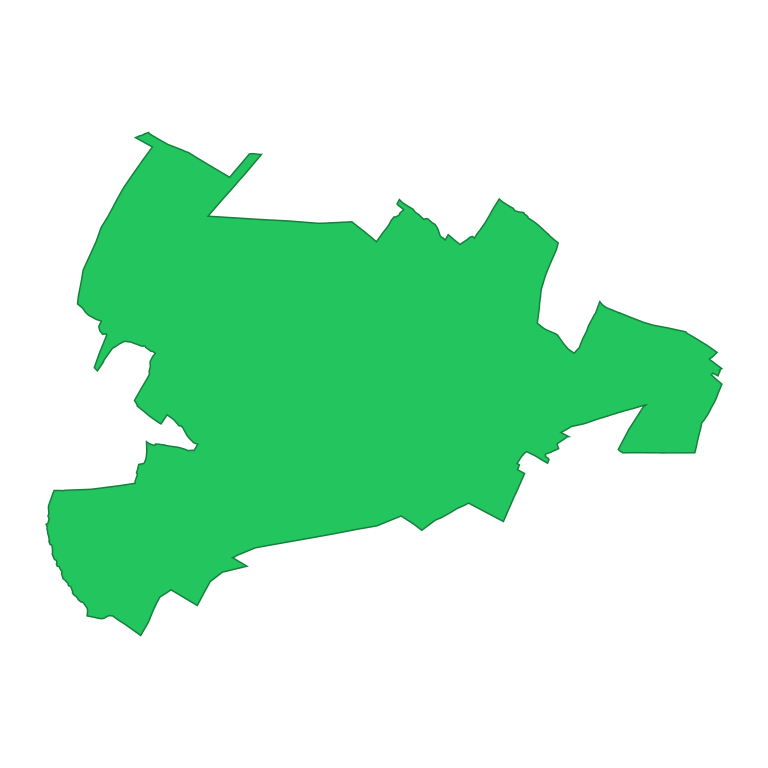 the district of San Pedro Cholula, Puebla, Mexico
{"feature_id": "50627088B56415606246768", "entity_name": "San Pedro Cholula", "entity_type": "district", "adm_level": 2, "iso_a3": "MEX", "parent_name": "Mexico", "parent_adm1": "Puebla", "projection": "robinson", "projection_center": [-98.345, 19.072], "detail": "fine", "context": "isolated", "style": "filled", "palette": "green", "viewbox_px": 768, "rotation_deg": 0, "n_neighbors": 0, "source": "geoboundaries", "source_scale": "gbopen_adm2", "svg_char_len": 6037}
<svg xmlns="http://www.w3.org/2000/svg" viewBox="0 0 768 768"><path d="M94.3,367.6L97.4,370.9L103.2,362.3L104.3,359.7L112.4,348.4L115.9,346.4L118.7,344.3L124.2,341.4L126.4,341.5L129.1,341.9L130.5,341.9L135.0,343.7L137.5,344.4L140.8,345.9L142.2,346.1L143.6,346.1L144.6,345.9L145.5,346.4L145.6,347.4L151.1,351.3L152.9,351.5L155.3,353.3L152.9,356.2L150.1,361.5L150.1,363.8L150.3,365.1L150.2,367.2L149.3,370.6L149.2,371.9L149.4,374.4L146.4,379.9L141.3,388.4L134.5,400.5L137.2,404.9L137.2,406.0L144.4,411.8L148.8,415.6L152.2,418.1L160.1,423.5L161.1,423.9L167.1,414.8L174.1,419.9L176.3,422.7L177.4,423.7L178.6,425.4L179.5,425.9L180.3,426.0L180.9,425.7L182.8,427.6L184.3,430.6L186.1,433.8L187.4,436.0L188.9,437.9L193.5,442.6L195.1,443.4L197.8,444.2L194.0,450.6L192.9,450.3L190.1,450.4L188.3,450.7L186.7,450.0L183.2,448.7L178.6,447.4L167.5,445.8L163.1,444.7L162.3,444.9L159.5,444.2L157.7,444.2L156.1,444.0L155.3,444.2L155.2,444.9L154.8,445.4L153.0,445.0L151.0,444.4L148.7,443.3L146.5,441.7L146.8,451.1L146.2,457.6L145.4,460.3L144.4,462.5L143.6,463.5L140.3,464.2L138.9,464.3L138.4,465.7L137.7,469.1L136.8,471.7L136.6,472.7L136.5,473.2L137.2,473.7L137.4,474.5L135.1,481.4L135.0,483.3L120.7,485.5L91.0,489.3L64.8,490.3L62.8,490.8L61.5,490.5L54.1,490.5L52.8,493.6L51.4,497.8L48.5,505.9L48.4,508.6L48.6,510.1L48.7,512.1L48.9,512.8L48.9,513.5L48.2,515.5L48.0,516.4L48.6,517.1L48.8,518.4L49.4,519.5L49.3,519.9L48.7,520.1L47.8,523.6L46.4,524.0L46.1,524.5L47.2,526.8L47.0,529.0L47.6,531.3L47.7,533.1L48.5,535.8L49.4,540.5L49.5,541.3L49.0,541.2L49.2,542.3L50.1,544.5L51.7,545.1L52.0,546.0L52.4,549.1L52.5,552.7L52.2,554.1L54.5,559.5L56.4,560.5L56.7,561.5L56.9,562.7L56.6,563.5L56.5,564.7L57.3,566.2L59.1,566.6L60.8,570.2L62.0,571.2L61.9,572.1L61.6,573.6L63.0,578.6L65.0,580.2L67.0,582.4L68.0,583.3L68.3,585.2L68.8,585.9L69.8,586.0L70.9,587.0L71.9,589.8L72.5,590.8L72.5,592.9L73.2,594.1L74.2,595.2L76.1,596.4L77.8,598.6L78.2,599.6L79.9,601.1L80.9,601.9L82.3,602.1L83.7,603.1L84.3,604.1L86.6,607.3L87.2,608.4L87.5,609.6L87.6,611.1L87.1,615.9L93.8,617.2L98.4,618.3L100.4,618.6L102.1,618.7L104.2,618.2L108.0,616.0L109.3,615.7L112.6,615.9L119.0,620.5L125.3,624.5L140.7,635.5L148.6,621.8L152.9,611.1L156.5,603.4L159.9,597.0L167.0,592.6L171.0,589.8L197.3,605.5L203.5,593.8L210.2,581.6L222.3,572.2L246.9,566.2L232.5,557.6L234.7,556.9L236.8,555.5L254.8,548.0L258.5,547.2L332.2,534.1L356.0,529.5L376.7,525.9L401.1,516.0L413.3,523.8L421.8,530.3L434.7,520.6L436.3,519.7L440.4,518.1L442.8,516.9L451.8,511.8L457.1,508.5L464.9,505.1L468.6,503.1L488.4,513.6L503.4,521.5L513.7,497.9L515.6,493.7L515.8,493.6L524.6,473.5L517.5,469.7L519.4,465.0L519.3,464.8L517.1,463.6L521.3,456.8L525.3,452.5L526.6,451.7L527.0,451.8L533.0,454.8L534.7,455.5L540.6,459.2L547.5,463.2L549.0,459.6L548.8,459.4L548.3,458.4L545.6,456.7L545.4,454.3L547.2,453.5L550.3,452.4L550.9,452.0L551.1,452.1L552.0,451.7L552.9,451.2L558.6,448.7L557.0,443.9L567.6,436.7L568.7,436.6L560.9,432.5L566.3,429.6L571.3,426.6L572.3,426.2L573.5,426.1L583.5,423.9L587.4,422.7L596.9,419.3L602.6,417.5L603.2,417.6L604.1,417.1L608.8,415.7L610.4,415.1L614.2,413.9L615.5,413.6L616.5,413.1L617.4,413.1L617.7,412.7L621.5,411.8L625.4,410.5L627.4,410.1L634.0,408.3L645.2,404.9L645.9,404.9L643.4,406.8L628.8,429.5L618.3,449.4L619.5,450.8L620.9,451.7L622.2,452.2L622.7,452.8L633.8,452.7L659.0,452.8L660.0,452.9L694.8,452.8L696.6,445.7L696.8,443.9L698.3,437.5L700.9,427.4L701.8,422.4L702.2,422.2L703.7,420.6L707.6,414.9L709.5,411.4L711.1,408.1L712.8,405.0L714.2,402.7L716.3,398.2L718.0,393.6L721.9,384.2L715.5,378.7L711.4,375.0L712.5,373.2L715.7,374.6L718.0,375.8L718.7,373.8L720.1,371.0L719.9,370.6L719.5,370.2L721.8,368.6L714.1,362.9L713.6,362.3L709.9,359.7L709.3,359.0L712.1,357.2L717.1,352.4L707.0,345.3L692.6,336.5L687.3,333.5L685.6,331.8L668.6,328.1L652.4,325.0L643.5,322.3L628.5,316.5L619.3,312.7L619.0,313.1L618.8,313.0L618.3,312.5L607.0,307.9L605.1,306.8L602.5,304.9L599.8,301.6L595.5,313.3L594.5,314.6L588.5,325.8L586.5,331.5L583.3,337.7L580.5,344.3L579.4,347.5L574.1,353.2L567.9,348.8L563.4,343.4L557.9,335.6L557.1,334.7L555.6,333.8L546.1,329.7L543.6,328.2L541.7,326.8L537.3,323.1L539.3,308.2L539.5,305.4L539.6,302.6L540.0,300.9L540.1,299.0L540.4,297.6L540.8,292.9L541.3,289.7L541.3,288.9L541.8,287.8L545.0,276.9L546.7,272.4L549.1,266.4L556.4,249.6L558.2,242.9L553.8,239.4L550.1,236.2L548.1,233.9L547.6,233.7L546.9,233.1L538.9,225.6L533.7,221.5L528.3,218.1L527.7,216.6L526.8,215.7L524.6,214.3L524.0,212.9L523.6,212.6L522.2,212.3L521.3,212.2L520.8,212.3L518.3,211.8L514.7,210.7L513.3,208.4L507.7,205.2L502.7,202.0L499.2,199.0L492.0,210.6L490.6,213.5L485.2,222.6L480.1,230.0L476.9,234.1L474.5,238.1L472.6,236.5L472.0,236.5L470.0,237.2L466.6,240.0L461.0,243.7L460.1,244.5L454.3,239.9L448.2,234.7L445.3,240.0L443.3,238.2L440.4,236.4L438.2,229.9L436.6,226.6L434.9,224.4L431.5,222.2L431.0,221.6L427.8,218.9L426.6,218.6L425.1,218.9L424.1,219.4L422.3,218.0L418.5,214.4L415.3,212.2L413.0,209.2L407.0,205.6L402.5,202.7L399.4,199.6L397.1,203.8L397.2,204.2L398.0,205.1L403.7,209.6L401.9,211.4L399.8,213.1L399.6,214.5L398.8,215.2L397.0,216.3L395.6,217.0L394.0,216.9L391.3,220.3L388.8,225.0L386.8,227.8L383.2,232.3L380.8,235.7L376.4,241.7L365.0,232.1L358.0,226.7L351.9,221.8L323.9,223.2L318.1,223.3L287.8,220.9L287.4,220.9L260.7,219.5L208.0,216.2L221.7,200.3L234.7,185.7L238.9,180.7L244.2,174.9L261.0,155.0L261.3,154.5L260.9,154.6L253.4,153.7L251.9,153.7L249.3,154.0L244.5,159.8L233.9,172.2L229.7,177.3L213.1,167.5L196.9,157.8L188.6,152.6L184.9,151.3L183.5,150.5L182.4,150.1L167.8,144.4L160.3,140.2L152.1,135.4L149.3,133.5L148.9,133.0L148.6,132.5L144.8,133.8L141.7,135.4L139.5,135.9L135.5,137.6L152.4,147.0L142.0,161.1L141.0,162.7L135.3,170.7L124.6,186.2L122.1,190.5L121.9,190.6L114.0,205.0L113.1,206.9L107.7,216.9L101.2,227.4L96.0,241.9L83.2,270.0L82.5,273.9L81.6,279.8L78.5,295.5L77.5,303.9L82.5,308.0L85.6,312.4L88.7,315.3L96.5,319.5L101.4,321.1L99.0,325.9L98.8,326.7L99.4,329.2L100.1,331.3L102.8,334.4L105.1,334.0L106.2,333.9L106.8,334.6L105.6,337.9L99.1,353.9L94.3,367.6Z" fill="#22c55e" stroke="#15803d" stroke-width="1.5"/></svg>